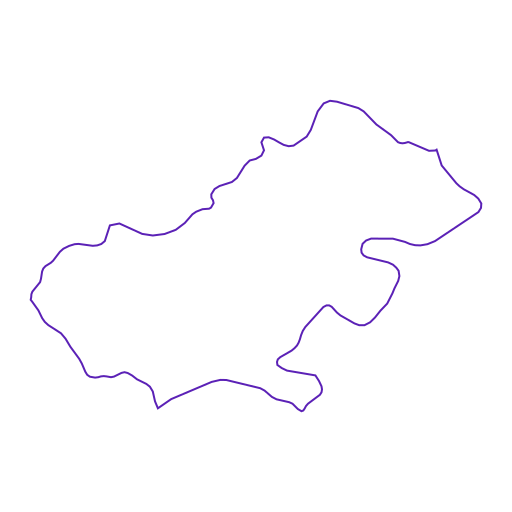 SVG path tracing the border of Satu Mare
{"feature_id": "ROU-301", "entity_name": "Satu Mare", "entity_type": "County", "adm_level": 1, "iso_a3": "ROU", "parent_name": "Romania", "parent_adm1": "", "projection": "equal_earth", "projection_center": [22.899, 47.706], "detail": "fine", "context": "isolated", "style": "outline", "palette": "violet", "viewbox_px": 512, "rotation_deg": 0, "n_neighbors": 0, "source": "natural_earth", "source_scale": "10m", "svg_char_len": 2326}
<svg xmlns="http://www.w3.org/2000/svg" viewBox="0 0 512 512"><path d="M152.8,235.5L164.6,234.0L175.8,229.8L184.8,223.0L192.4,214.3L196.2,211.7L202.5,209.2L209.1,208.7L211.0,207.6L213.6,203.1L213.0,200.3L211.4,197.7L211.3,194.3L214.6,189.0L219.5,186.0L231.9,182.0L236.9,178.0L244.6,165.7L249.7,160.5L255.9,158.9L261.4,155.6L264.0,150.3L261.4,142.3L264.0,137.6L268.7,137.3L274.1,139.5L278.9,142.3L283.7,144.9L288.7,146.2L293.6,145.6L306.7,136.6L310.8,129.9L317.7,111.4L323.7,103.4L330.0,100.8L337.0,101.7L358.4,108.1L363.7,111.4L376.4,124.5L391.1,135.2L398.0,142.2L400.2,143.0L402.5,143.3L404.8,143.0L407.3,142.3L407.7,142.1L408.2,142.1L408.6,142.1L409.1,142.3L429.0,150.8L435.4,150.5L436.6,149.7L441.7,165.5L456.4,183.3L459.6,186.3L463.8,189.3L474.2,195.0L478.3,198.6L481.3,203.5L481.0,207.9L478.4,212.1L435.0,241.1L427.4,244.2L420.4,245.4L415.1,245.2L409.9,244.0L405.0,241.9L393.0,238.7L371.1,238.6L366.1,240.5L362.6,243.8L361.2,249.3L361.6,252.7L363.6,255.4L367.1,257.3L388.1,262.4L393.0,264.7L396.3,267.7L398.6,270.8L399.4,276.1L398.2,280.9L394.4,288.5L392.4,293.4L387.2,303.6L380.5,310.6L375.0,317.5L370.1,322.3L364.5,325.2L359.2,325.2L354.4,323.4L340.4,315.4L336.9,312.5L331.7,306.8L329.2,305.4L326.5,305.4L323.4,307.0L305.3,327.0L302.8,330.9L301.1,335.1L299.9,339.3L298.6,342.7L297.0,345.5L294.5,348.2L291.6,350.6L280.3,357.1L277.8,359.4L277.0,362.0L277.4,365.0L281.8,368.1L287.0,370.6L315.4,375.4L319.0,381.0L321.5,386.3L322.0,389.4L321.5,392.3L319.9,394.8L308.0,403.7L306.0,406.0L304.6,408.6L303.3,410.5L301.5,411.2L297.8,409.0L292.5,403.7L289.2,402.2L276.5,399.3L271.9,396.9L264.6,390.6L260.2,388.2L226.3,380.0L220.3,379.9L211.7,381.9L171.2,399.1L157.9,408.3L155.0,401.3L152.8,391.5L149.9,386.7L146.3,383.9L137.0,379.3L132.1,375.5L127.7,373.0L124.5,372.2L121.5,372.9L114.0,376.6L111.0,377.2L106.5,376.4L103.7,376.1L100.9,376.4L98.3,377.2L95.1,377.6L89.9,376.7L87.2,374.8L85.3,371.7L81.8,363.5L79.2,358.8L70.4,346.8L65.6,338.8L61.0,333.3L48.3,325.1L44.8,321.9L42.2,318.2L38.4,310.4L32.2,301.7L30.7,299.8L31.2,297.2L31.4,294.2L32.4,291.6L40.1,282.1L41.0,278.7L42.1,271.5L43.3,268.5L45.5,266.1L50.8,262.8L53.1,260.7L59.9,251.8L63.4,248.7L69.1,245.9L74.6,244.2L78.5,243.9L92.8,245.8L97.2,245.4L101.3,244.0L104.8,241.1L109.9,225.4L119.4,223.5L142.2,233.9L152.8,235.5Z" fill="none" stroke="#5b21b6" stroke-width="2"/></svg>